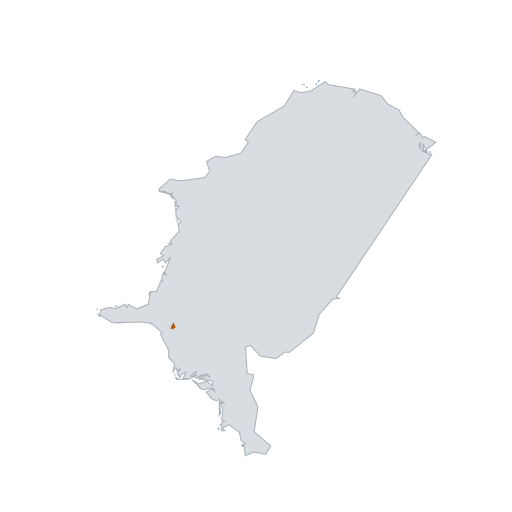 location of Richmond, Georgia, United States of America, rotated 109°
{"feature_id": "52423323B1751844526398", "entity_name": "Richmond", "entity_type": "district", "adm_level": 2, "iso_a3": "USA", "parent_name": "United States of America", "parent_adm1": "Georgia", "projection": "albers", "projection_center": [-81.966, 33.386], "detail": "fine", "context": "in_parent", "style": "filled", "palette": "amber", "viewbox_px": 512, "rotation_deg": 109, "n_neighbors": 0, "source": "geoboundaries", "source_scale": "gbopen_adm2", "svg_char_len": 4289}
<svg xmlns="http://www.w3.org/2000/svg" viewBox="0 0 512 512"><g transform="rotate(109 256 256)"><path d="M397.9,205.1L422.7,200.5L430.9,180.2L440.4,182.3L442.0,194.1L448.4,201.2L439.2,205.4L439.0,207.6L437.1,205.1L435.2,210.1L428.1,214.2L424.3,226.6L429.0,231.2L431.8,230.3L430.8,228.2L431.8,229.1L432.3,231.6L424.2,234.2L422.4,231.6L421.9,235.4L412.4,237.1L405.5,242.5L406.1,239.7L405.3,238.0L403.7,244.6L405.8,245.6L405.5,251.2L401.0,258.6L395.6,254.5L398.4,249.9L395.0,253.2L396.7,258.1L399.0,260.7L399.6,263.9L393.9,275.8L395.5,268.4L390.2,261.9L393.1,254.5L388.3,256.9L390.5,267.5L385.7,264.5L384.0,264.9L385.4,261.5L385.3,260.5L383.8,263.2L383.8,265.4L391.2,269.2L389.6,271.2L386.2,267.6L385.0,267.1L389.2,271.3L391.0,272.1L390.1,274.9L387.8,272.9L391.4,276.8L390.6,277.4L388.9,275.4L384.3,274.6L390.0,278.3L393.6,277.9L397.5,287.6L394.1,280.2L395.3,285.1L388.6,284.4L393.6,289.0L395.9,287.5L393.1,292.1L386.6,290.8L390.6,293.0L387.3,295.3L391.4,296.8L384.2,298.2L380.6,305.5L373.9,307.6L361.0,320.9L359.2,319.5L354.3,331.5L353.8,334.4L356.0,343.5L365.9,370.3L362.6,384.5L357.4,385.4L352.4,377.9L351.5,371.5L344.3,364.2L346.8,360.9L343.3,361.1L344.9,351.7L336.8,342.2L323.9,344.1L321.9,338.6L309.4,337.6L311.1,335.6L308.8,337.6L303.1,338.2L303.3,334.0L302.1,336.9L285.0,336.5L292.1,339.2L289.3,342.8L294.6,347.0L291.6,348.8L285.8,343.3L285.0,347.2L276.7,344.8L272.4,339.4L269.3,341.7L257.3,336.6L249.5,341.0L251.5,339.8L247.8,337.9L245.0,344.3L236.8,347.5L238.8,346.5L233.9,345.1L235.3,347.6L229.1,349.6L225.8,356.5L223.3,355.0L225.3,357.3L224.7,364.0L226.5,368.4L224.5,369.6L211.2,362.2L209.6,351.9L198.4,329.8L191.2,327.3L182.6,333.5L174.8,326.5L172.8,316.8L163.7,303.7L150.5,300.3L149.5,304.2L128.4,298.5L105.1,278.2L87.2,273.9L87.0,266.6L81.9,257.8L68.7,247.3L70.4,242.7L66.1,217.4L67.3,215.5L68.7,219.2L68.9,214.1L74.3,215.8L64.3,212.4L63.6,190.0L69.5,180.7L71.4,168.3L76.9,162.2L86.6,142.1L90.9,144.5L86.3,141.4L90.0,136.5L88.2,135.8L89.9,123.0L100.2,129.6L95.6,134.8L100.9,132.0L98.6,136.9L95.4,137.1L97.2,138.1L100.1,136.8L102.9,131.9L103.0,122.8L268.5,166.7L269.0,163.5L271.6,169.3L290.3,177.2L310.1,176.6L336.3,193.1L337.3,197.1L346.5,203.7L349.2,219.4L342.3,232.1L345.4,236.3L370.1,226.0L369.0,220.1L371.2,219.0L384.7,218.1L397.9,205.1ZM415.5,239.6L419.6,238.5L405.2,243.5L416.9,237.9L415.5,239.6ZM101.9,128.0L102.1,131.8L101.8,132.3L100.7,129.0L101.9,128.0ZM226.4,367.2L225.4,361.1L226.0,357.7L225.8,361.3L226.4,367.2ZM440.3,205.7L440.4,207.5L439.7,207.2L440.3,205.7ZM272.4,341.2L272.6,342.6L271.3,341.4L272.4,341.2ZM72.6,254.8L74.5,254.7L74.6,254.9L72.6,254.8ZM70.9,253.6L69.9,254.2L69.6,253.2L70.9,253.6ZM428.0,234.1L427.0,235.3L426.6,235.1L428.0,234.1ZM227.6,354.8L226.1,357.3L229.4,352.5L227.6,354.8ZM363.0,361.5L364.9,366.8L362.6,361.0L363.0,361.5ZM79.9,262.2L80.1,263.9L79.7,262.3L79.9,262.2ZM363.4,385.3L361.8,387.0L364.4,383.4L363.4,385.3ZM398.3,290.9L396.7,293.1L397.8,288.0L398.3,290.9ZM101.4,124.8L101.1,125.7L100.6,125.0L101.4,124.8ZM235.2,348.7L232.4,349.5L235.4,348.3L235.2,348.7ZM432.0,234.2L432.0,235.5L430.8,235.3L432.0,234.2ZM78.5,266.0L78.5,267.9L78.2,266.1L78.5,266.0ZM231.5,350.4L230.3,350.9L231.5,350.0L231.5,350.4ZM399.1,266.1L397.5,269.0L399.3,265.1L399.1,266.1ZM248.5,342.1L246.6,342.9L249.4,341.4L248.5,342.1ZM354.6,332.9L354.3,335.1L354.1,333.6L354.6,332.9ZM392.0,297.1L391.4,297.6L393.0,295.8L392.0,297.1ZM328.5,343.8L326.4,344.9L325.5,344.6L328.5,343.8ZM302.3,337.8L301.9,338.2L300.7,338.0L302.3,337.8ZM349.1,371.7L349.4,373.3L348.7,371.4L349.1,371.7ZM296.6,340.5L296.2,341.9L296.3,339.4L296.6,340.5ZM358.5,389.1L357.2,389.2L358.9,388.8L358.5,389.1ZM405.2,252.2L404.5,253.6L405.3,251.6L405.2,252.2ZM395.5,293.6L394.8,294.1L394.6,294.1L395.5,293.6Z" fill="#d9dde1" stroke="#a8b0b8" stroke-width="1"/><path d="M348.1,312.1L348.8,311.9L349.0,312.0L349.1,312.3L349.3,312.5L349.6,312.4L350.2,312.5L350.6,312.3L350.9,312.2L351.2,312.3L351.2,312.1L351.3,312.1L351.2,312.0L351.1,311.9L351.2,311.7L351.0,311.8L351.0,311.7L350.9,311.7L350.7,311.6L350.7,311.4L350.5,311.2L350.6,310.9L350.6,310.7L350.6,310.4L350.4,310.3L350.3,310.2L350.2,310.2L350.1,309.8L350.0,309.7L349.9,309.7L349.7,309.8L349.3,310.1L349.1,310.3L347.9,311.3L347.4,311.7L347.5,311.7L347.8,311.9L347.8,312.0L348.1,312.1Z" fill="#f59e0b" stroke="#b45309" stroke-width="1.5"/></g></svg>